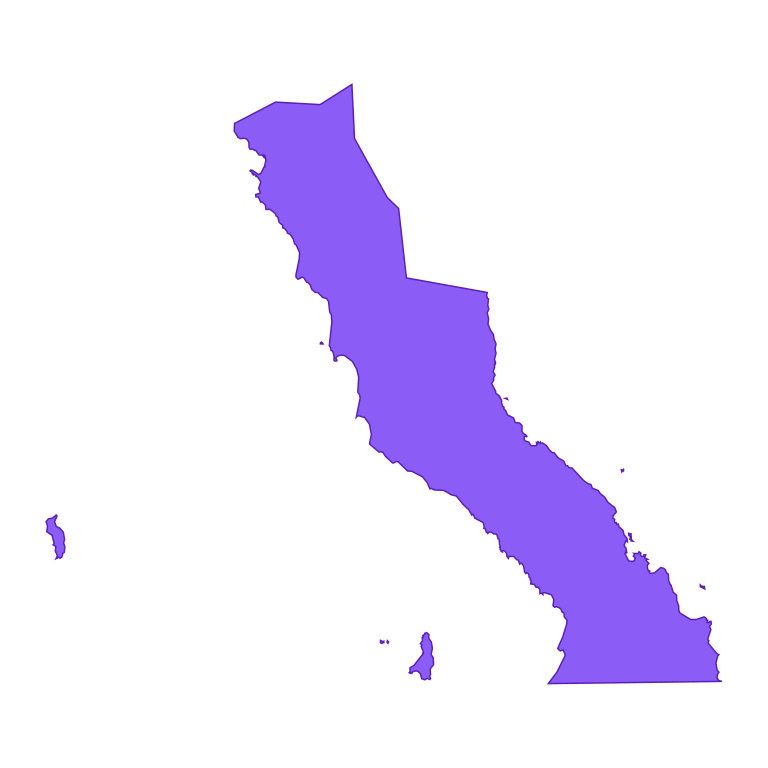 Ensenada, Baja California, Mexico
{"feature_id": "50627088B13797450449328", "entity_name": "Ensenada", "entity_type": "district", "adm_level": 2, "iso_a3": "MEX", "parent_name": "Mexico", "parent_adm1": "Baja California", "projection": "orthographic", "projection_center": [-114.931, 30.193], "detail": "fine", "context": "isolated", "style": "filled", "palette": "violet", "viewbox_px": 768, "rotation_deg": 0, "n_neighbors": 0, "source": "geoboundaries", "source_scale": "gbopen_adm2", "svg_char_len": 6113}
<svg xmlns="http://www.w3.org/2000/svg" viewBox="0 0 768 768"><path d="M234.6,123.4L234.2,131.0L238.2,137.5L240.5,138.7L244.1,138.2L246.8,139.1L248.8,141.9L249.1,147.6L250.1,149.2L253.1,149.2L255.2,150.8L254.9,150.4L255.6,150.3L259.1,154.9L262.4,155.1L264.0,157.4L263.2,155.8L263.7,155.0L264.6,155.4L264.1,156.0L264.6,155.7L265.1,157.1L264.6,157.1L264.5,157.8L265.5,157.8L265.9,160.4L264.6,165.8L265.1,166.7L263.9,167.2L261.0,173.3L258.6,174.5L252.3,170.3L250.5,170.1L250.0,170.9L252.0,172.3L252.3,173.8L253.4,173.4L253.5,175.0L255.5,174.7L256.5,176.0L256.1,176.4L257.7,177.0L260.8,181.8L258.7,188.2L260.4,193.1L255.7,194.5L255.8,196.8L258.4,197.1L260.7,202.1L262.2,201.9L265.3,204.8L266.0,209.5L269.6,209.2L275.3,213.5L276.3,216.1L277.7,216.8L279.2,222.4L282.8,225.5L282.7,227.7L284.6,228.5L287.2,231.6L287.3,233.0L290.1,234.3L293.3,239.1L294.6,243.9L296.0,244.6L299.6,252.6L299.2,259.1L295.9,275.1L296.1,277.3L298.0,279.2L302.1,277.3L303.8,277.7L306.7,282.3L308.1,282.6L310.2,285.0L311.8,289.4L315.0,292.3L317.9,292.6L322.8,297.5L326.6,298.5L328.5,301.4L329.7,311.9L331.3,314.7L331.9,321.7L329.3,345.8L330.6,347.5L331.1,350.5L332.6,351.1L333.2,352.5L334.1,356.6L333.9,360.1L334.6,361.0L336.7,361.0L337.0,360.3L335.7,358.0L337.4,356.3L340.9,355.0L344.5,355.5L352.4,361.4L356.8,369.3L358.7,377.4L357.8,392.2L359.4,394.4L360.2,397.9L356.3,417.2L357.4,416.0L359.2,415.9L364.6,417.5L369.4,424.1L371.4,434.2L369.5,443.9L379.0,452.1L381.1,451.7L383.1,452.6L385.6,456.5L392.5,462.9L393.9,462.9L395.7,461.6L398.2,461.8L407.5,471.0L411.9,471.3L422.7,477.0L427.3,482.8L430.0,488.9L431.2,488.4L434.2,489.9L443.8,490.4L451.1,494.7L456.4,496.1L463.1,504.4L468.7,509.7L471.8,515.0L472.4,514.3L473.5,515.1L474.8,518.1L483.1,522.5L484.1,525.7L483.9,528.4L485.2,528.7L486.4,532.3L487.0,532.1L487.9,533.5L488.7,532.3L491.3,531.9L493.7,534.0L495.9,533.9L497.0,535.0L498.0,538.7L499.2,539.2L499.5,544.4L500.3,546.2L499.7,547.1L500.3,547.2L500.1,549.2L501.2,551.3L502.4,551.9L502.2,551.2L503.5,550.5L504.8,551.2L506.4,553.1L506.9,556.3L508.4,558.4L509.1,556.5L513.6,556.4L516.9,559.8L518.3,560.0L519.7,564.2L521.0,563.1L522.5,564.1L523.7,566.4L524.6,572.1L525.9,573.6L526.8,572.5L527.6,572.9L528.9,574.8L529.1,577.2L530.4,578.3L530.2,579.7L531.2,580.6L530.6,583.9L534.4,584.4L536.1,587.3L538.2,587.3L539.9,589.5L539.9,593.6L541.2,593.0L542.9,594.5L542.8,593.2L544.3,592.6L551.4,594.7L553.8,599.6L553.0,605.7L554.5,607.2L556.4,606.7L559.2,607.7L560.8,608.9L562.1,612.1L564.1,613.2L564.2,616.8L567.0,620.1L566.8,623.6L562.9,636.5L557.7,648.5L560.2,650.9L563.2,649.9L565.3,655.2L557.1,671.9L548.3,683.6L721.9,681.4L718.7,680.5L717.0,677.6L717.5,674.3L718.9,672.2L717.1,670.0L715.9,663.0L717.7,655.9L718.8,654.7L717.0,653.8L708.2,643.2L708.8,640.6L707.9,639.8L708.0,638.2L710.9,629.5L709.5,626.5L711.3,624.0L711.0,621.4L709.5,621.5L709.0,622.6L707.0,622.4L707.7,620.2L706.6,620.1L706.4,618.5L704.1,616.9L696.2,619.5L690.7,619.5L680.0,613.1L678.8,610.3L678.7,606.0L676.7,600.4L676.6,595.2L673.1,592.1L671.0,585.0L670.2,584.6L668.7,580.6L668.3,574.2L666.4,572.7L665.4,569.8L663.7,568.3L660.7,567.6L654.4,572.9L650.3,573.4L649.4,572.8L649.1,571.7L649.8,571.1L648.1,570.2L647.4,568.1L647.4,565.0L648.9,563.3L646.1,560.5L646.4,559.5L647.6,559.3L644.5,557.7L645.8,554.9L644.1,554.7L643.0,556.4L641.7,556.5L640.3,555.0L640.9,553.2L639.1,551.7L638.4,553.5L634.1,553.4L634.8,553.9L633.3,556.1L635.2,557.9L634.3,560.7L632.3,561.4L628.7,560.9L624.9,553.6L626.2,551.2L626.7,552.6L626.8,552.4L626.0,548.4L624.1,545.3L625.8,540.9L627.5,541.9L627.0,538.4L624.0,534.7L623.0,530.4L619.0,526.8L618.4,524.1L616.9,524.5L616.3,522.6L615.2,522.9L614.4,521.3L614.7,519.4L612.7,518.0L613.1,515.9L616.3,511.9L614.8,507.8L607.9,502.3L604.6,497.1L600.0,493.3L598.4,490.6L592.3,488.1L590.9,484.5L587.8,483.6L583.7,480.6L572.0,468.0L569.3,467.8L567.6,465.8L565.8,465.5L563.7,461.1L558.1,457.8L554.0,452.6L552.3,452.6L549.6,450.3L546.4,445.5L542.3,442.9L540.4,443.3L540.3,442.4L539.9,443.0L537.9,441.6L537.4,442.6L536.4,442.4L536.6,443.8L537.7,443.4L536.2,445.7L531.9,445.7L530.5,445.2L529.0,442.2L525.3,441.0L524.2,439.3L524.2,436.8L525.9,436.1L527.3,436.9L525.7,434.8L523.4,433.6L522.0,431.3L522.0,425.5L519.5,423.0L515.2,422.5L513.5,417.9L507.6,415.0L505.5,410.4L504.0,409.3L503.9,407.1L502.7,406.3L501.7,403.6L501.5,400.2L499.3,395.9L495.8,393.3L495.6,391.1L491.6,383.6L493.7,380.2L493.6,377.7L495.1,375.1L493.1,371.7L494.5,367.7L494.8,363.0L495.4,363.6L495.6,362.9L494.5,359.3L496.0,353.3L495.1,348.9L496.0,343.9L493.9,338.7L493.5,334.6L490.5,330.2L488.0,324.1L488.6,319.0L487.2,312.8L488.8,309.1L487.8,305.2L488.5,298.8L487.6,298.5L486.6,295.3L487.3,292.5L406.4,277.9L398.6,208.5L387.3,197.6L354.5,138.5L351.9,84.4L320.1,104.6L275.5,102.1L234.6,123.4ZM426.7,632.6L424.6,633.4L424.8,634.4L422.8,635.5L423.5,637.0L422.2,637.4L422.5,640.8L420.4,643.7L421.7,644.7L421.2,646.5L423.5,652.2L422.7,653.0L423.3,653.5L414.0,665.4L410.0,667.7L410.0,671.8L409.2,672.7L410.8,673.5L411.1,672.7L412.3,672.9L412.3,672.0L414.9,671.0L417.7,671.1L420.4,673.7L421.7,678.7L424.8,679.8L427.1,678.4L430.0,679.5L430.6,678.3L429.6,676.2L430.6,674.4L430.0,669.3L433.6,664.5L433.2,657.6L431.1,654.4L432.4,648.3L431.3,642.0L428.7,638.3L428.9,634.6L426.7,632.6ZM54.6,521.4L57.0,516.1L56.2,515.0L52.6,518.0L48.4,518.9L46.1,521.5L47.5,526.0L46.8,531.7L52.1,535.4L54.2,543.6L53.1,544.8L55.9,546.5L55.3,550.9L57.4,555.8L56.0,558.7L58.7,557.4L60.2,558.2L61.8,557.1L62.9,553.4L64.3,552.2L64.9,546.9L63.6,542.9L64.6,539.6L63.3,532.2L59.7,528.0L56.2,526.5L54.6,521.4ZM628.6,533.3L628.9,535.6L629.8,535.8L630.4,537.8L629.9,539.2L631.2,539.6L631.0,540.9L632.9,541.1L631.3,539.5L631.2,535.8L630.6,535.3L631.2,533.9L628.6,533.3ZM383.0,641.7L380.5,640.4L380.4,642.7L381.6,643.3L383.8,642.6L383.8,641.2L383.0,641.7ZM700.3,585.0L700.3,586.7L704.7,588.9L704.4,586.5L701.6,586.3L700.3,585.0ZM321.6,342.1L320.4,342.9L320.4,343.9L323.0,343.9L321.6,342.1ZM623.6,469.8L621.3,469.8L621.8,471.8L623.3,469.9L623.3,470.2L623.5,470.5L623.6,469.8ZM387.9,643.3L388.6,641.9L387.4,640.7L387.1,642.4L387.9,643.3ZM506.9,398.1L505.3,398.4L507.5,399.3L506.9,398.1Z" fill="#8b5cf6" stroke="#5b21b6" stroke-width="1.5"/></svg>